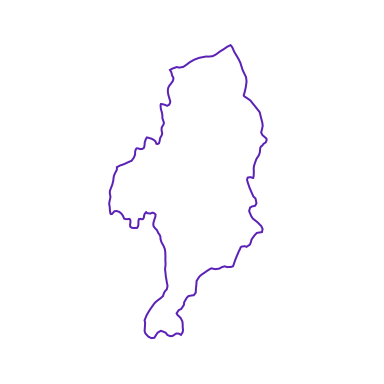 Hantsavichy, Brest, Belarus (Natural Earth projection), rotated 109°
{"feature_id": "67162791B6713137002494", "entity_name": "Hantsavichy", "entity_type": "district", "adm_level": 2, "iso_a3": "BLR", "parent_name": "Belarus", "parent_adm1": "Brest", "projection": "natural_earth1", "projection_center": [26.586, 52.677], "detail": "fine", "context": "isolated", "style": "outline", "palette": "violet", "viewbox_px": 384, "rotation_deg": 109, "n_neighbors": 0, "source": "geoboundaries", "source_scale": "gbopen_adm2", "svg_char_len": 4079}
<svg xmlns="http://www.w3.org/2000/svg" viewBox="0 0 384 384"><g transform="rotate(109 192 192)"><path d="M328.7,195.1L328.8,195.0L330.8,193.8L333.4,193.0L338.8,191.6L340.9,190.0L342.9,186.4L343.4,182.9L342.1,180.1L339.1,179.5L336.2,178.7L333.4,176.3L333.4,173.9L333.6,171.1L335.2,168.7L335.4,165.9L334.6,163.7L332.1,161.7L331.0,160.9L330.2,158.5L330.7,155.9L327.7,155.2L325.6,155.5L323.0,156.7L319.7,157.9L317.6,158.9L315.0,161.5L314.0,163.3L313.0,165.7L311.7,167.1L308.1,166.1L306.0,164.1L301.4,162.9L298.8,163.5L293.7,162.5L291.6,161.5L290.3,159.3L289.0,156.7L285.9,155.7L282.6,156.7L277.4,157.9L274.6,158.7L271.2,157.9L269.2,157.3L266.8,155.9L264.5,154.1L261.7,152.1L259.4,150.3L257.8,148.7L257.6,146.4L257.3,144.6L255.5,141.2L253.2,139.2L251.6,136.8L251.6,134.4L250.1,130.6L248.8,129.0L246.0,129.0L242.1,129.0L238.5,128.8L232.6,128.4L230.2,128.0L228.4,128.0L227.4,127.2L226.1,124.6L226.1,122.6L223.0,120.2L220.5,120.0L217.4,120.2L212.7,118.8L209.6,117.4L208.1,114.6L207.1,112.8L204.0,113.2L201.7,115.4L199.3,120.2L197.3,125.8L195.5,128.2L191.4,131.8L187.8,132.0L186.2,130.6L184.4,127.8L181.6,127.4L177.5,129.8L176.2,132.6L169.2,139.0L165.1,142.2L162.5,144.0L160.2,144.0L158.9,141.6L158.9,139.0L158.8,138.7L156.9,138.9L152.8,140.1L149.8,141.3L146.9,141.9L140.2,141.9L138.0,141.4L135.3,140.7L132.3,140.8L130.2,141.3L128.3,141.8L126.6,141.6L125.3,140.7L123.1,140.0L121.2,138.5L118.7,138.3L117.3,139.0L116.3,141.3L115.3,143.9L113.2,146.0L109.3,146.3L106.4,146.7L103.7,148.0L99.6,150.7L94.5,154.0L90.8,159.7L88.7,163.1L86.5,166.5L85.5,169.8L84.5,173.8L83.7,174.6L80.6,174.7L75.1,175.3L69.7,176.4L65.8,178.3L63.2,180.9L60.0,184.0L53.9,188.5L51.5,190.9L49.3,193.4L45.9,197.5L42.0,201.1L40.7,203.1L40.6,203.4L43.2,206.0L47.3,209.0L49.5,210.9L54.1,214.1L56.8,216.6L58.5,220.2L59.4,223.0L62.8,228.9L66.2,233.0L69.8,236.2L73.2,238.5L76.6,241.0L78.5,244.5L78.9,247.3L80.2,248.8L81.5,250.5L82.7,251.7L83.8,252.6L85.1,250.9L86.8,249.7L88.7,248.4L89.6,247.2L91.0,246.4L93.4,246.3L96.5,247.2L98.9,248.1L101.0,248.4L103.2,248.1L105.5,247.3L107.8,246.0L110.7,244.0L113.4,242.0L115.0,241.8L116.9,242.0L118.6,243.6L118.4,246.0L118.5,247.6L118.7,249.1L118.9,250.0L120.2,250.0L123.4,248.6L125.7,247.0L127.5,245.8L128.9,245.1L131.9,244.0L134.2,242.2L135.6,241.1L137.4,240.9L139.5,241.4L141.2,241.6L142.8,241.1L144.1,240.6L145.7,239.5L147.1,239.1L149.0,239.2L150.6,239.6L152.3,239.6L154.2,239.2L156.7,239.1L157.8,240.1L158.0,241.3L156.0,243.1L155.3,244.7L155.0,246.2L154.8,247.3L154.9,250.9L155.1,252.4L157.2,252.9L160.7,252.8L162.8,252.2L165.1,251.8L166.3,252.0L167.6,253.2L168.3,255.1L168.3,256.5L168.4,257.6L168.8,258.6L169.9,259.0L171.4,259.0L172.3,258.9L175.3,258.0L178.6,258.2L182.2,259.3L183.6,261.0L186.8,264.3L188.1,265.7L188.9,266.7L190.2,268.5L191.6,269.8L192.9,271.1L193.1,271.0L195.7,270.3L198.0,270.7L199.4,270.9L202.1,271.1L204.5,270.7L206.5,270.2L208.2,270.0L210.8,269.8L214.8,269.9L217.6,270.0L220.0,269.3L221.9,268.2L223.2,267.5L226.1,267.1L228.0,266.9L230.4,266.4L232.2,265.3L233.7,264.6L235.5,263.9L237.1,263.1L238.7,262.3L239.3,261.5L238.9,260.6L237.7,260.0L235.5,259.1L234.5,257.1L234.5,254.3L235.3,252.0L236.7,249.9L237.8,248.8L239.3,247.4L239.2,245.7L238.4,243.6L237.8,242.3L238.6,241.2L240.7,240.3L242.9,240.0L244.9,239.1L245.4,237.3L245.1,235.5L244.1,233.0L243.8,232.2L242.3,231.9L240.9,231.9L238.6,232.6L236.5,233.3L234.8,233.3L234.2,232.1L234.2,230.8L233.6,229.6L232.0,229.2L230.0,229.6L228.0,229.6L226.0,228.8L226.6,227.4L226.2,225.6L225.9,224.3L224.4,222.7L224.4,220.7L225.2,219.1L227.2,218.6L230.6,218.6L233.9,218.4L235.3,218.0L236.9,217.2L237.6,216.2L238.3,215.1L239.5,212.7L241.8,210.5L242.9,208.8L244.6,207.3L246.8,206.4L248.8,205.0L249.6,204.3L251.1,202.6L252.5,201.1L254.7,199.2L257.3,197.8L261.7,196.1L264.3,195.3L268.8,193.5L273.9,192.3L277.2,190.7L280.7,189.1L283.5,187.5L286.0,186.2L287.7,185.1L289.1,184.5L290.5,184.3L292.4,184.2L294.2,185.1L295.8,185.5L298.1,185.6L300.0,185.6L302.8,187.2L304.8,188.6L307.6,190.4L309.8,191.4L313.9,192.6L317.0,193.5L320.3,194.2L323.4,194.8L325.6,194.9L328.7,195.1Z" fill="none" stroke="#5b21b6" stroke-width="2"/></g></svg>